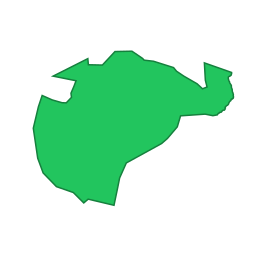 the district of Darxan, Hentiy, Mongolia, rotated 107°
{"feature_id": "93677404B15317120732328", "entity_name": "Darxan", "entity_type": "district", "adm_level": 2, "iso_a3": "MNG", "parent_name": "Mongolia", "parent_adm1": "Hentiy", "projection": "orthographic", "projection_center": [109.184, 46.592], "detail": "fine", "context": "isolated", "style": "filled", "palette": "green", "viewbox_px": 256, "rotation_deg": 107, "n_neighbors": 0, "source": "geoboundaries", "source_scale": "gbopen_adm2", "svg_char_len": 2067}
<svg xmlns="http://www.w3.org/2000/svg" viewBox="0 0 256 256"><g transform="rotate(107 128 128)"><path d="M89.3,46.4L87.8,46.0L87.3,45.6L87.2,45.3L87.0,45.2L86.7,45.0L86.3,44.9L86.2,44.8L86.1,44.5L86.0,44.1L85.7,43.6L85.3,43.3L84.8,43.1L84.4,43.0L84.0,42.9L83.7,42.6L83.3,42.4L83.1,42.2L83.0,41.9L82.9,41.5L82.8,41.2L82.6,41.0L82.3,40.9L81.8,40.7L81.6,40.7L81.2,40.9L80.7,40.8L80.5,40.7L80.4,40.7L80.3,40.8L80.2,40.9L80.0,41.1L79.9,41.2L79.7,41.2L79.3,41.0L79.0,40.8L78.7,40.7L78.3,40.5L78.1,40.4L77.9,40.3L77.7,40.1L77.5,39.9L77.1,39.5L76.8,39.3L76.6,39.2L76.2,39.1L75.7,38.9L75.4,38.8L74.8,38.9L74.2,38.9L73.7,38.7L73.0,38.5L72.4,38.2L72.2,38.0L71.8,37.7L71.5,37.6L71.1,37.7L70.7,37.7L70.4,37.7L70.2,37.6L70.0,37.3L69.9,37.0L69.8,36.7L69.7,36.6L69.4,36.5L69.2,36.6L68.9,36.5L68.8,36.3L68.7,36.1L68.2,36.1L67.9,36.1L67.7,36.2L67.3,36.3L66.9,36.4L66.7,36.5L66.4,36.8L66.1,36.9L65.8,36.9L65.4,37.0L65.0,37.1L64.5,37.5L64.0,37.8L63.6,38.0L63.4,38.4L62.9,38.7L62.2,39.0L61.5,39.4L60.9,39.6L60.5,39.7L60.2,40.0L59.8,40.3L59.6,40.4L59.3,40.8L58.8,41.0L58.4,41.2L57.9,41.3L57.6,41.4L57.4,41.6L57.2,41.6L56.5,42.2L56.3,42.5L55.5,43.5L55.1,43.9L54.7,44.2L54.0,44.5L53.8,44.8L53.5,45.2L53.1,45.5L52.5,45.8L52.2,46.1L51.8,46.4L51.5,46.5L51.3,46.6L51.0,46.6L50.6,46.8L50.3,46.9L49.9,46.9L49.6,46.8L49.4,46.7L49.2,46.5L49.1,46.3L48.9,46.1L48.8,45.8L48.4,45.6L48.1,45.4L47.8,45.1L47.5,44.9L47.3,44.8L47.0,44.8L46.9,44.9L46.6,45.0L46.4,45.0L46.1,44.8L45.9,44.8L45.6,44.8L45.3,45.0L45.1,45.1L44.8,45.2L44.6,45.2L43.4,74.0L59.7,68.0L65.7,64.4L68.7,68.2L65.5,74.9L62.1,89.7L59.5,98.2L56.9,102.1L56.7,123.1L58.4,132.4L57.2,134.4L53.4,146.7L58.7,162.8L75.3,170.9L79.1,184.4L73.4,186.7L100.3,214.8L98.0,191.5L104.0,191.9L111.4,192.7L115.2,191.0L122.0,194.4L123.1,198.4L123.3,208.6L122.0,219.6L133.9,219.9L155.9,218.5L183.3,205.5L192.1,198.8L195.8,196.0L205.0,179.3L205.7,161.4L212.6,148.4L207.7,145.3L206.0,118.8L188.4,120.4L178.2,121.4L161.9,119.4L133.0,91.3L126.4,87.2L112.5,81.2L101.0,81.3L92.2,58.3L91.4,50.4L89.3,46.4Z" fill="#22c55e" stroke="#15803d" stroke-width="1.5"/></g></svg>